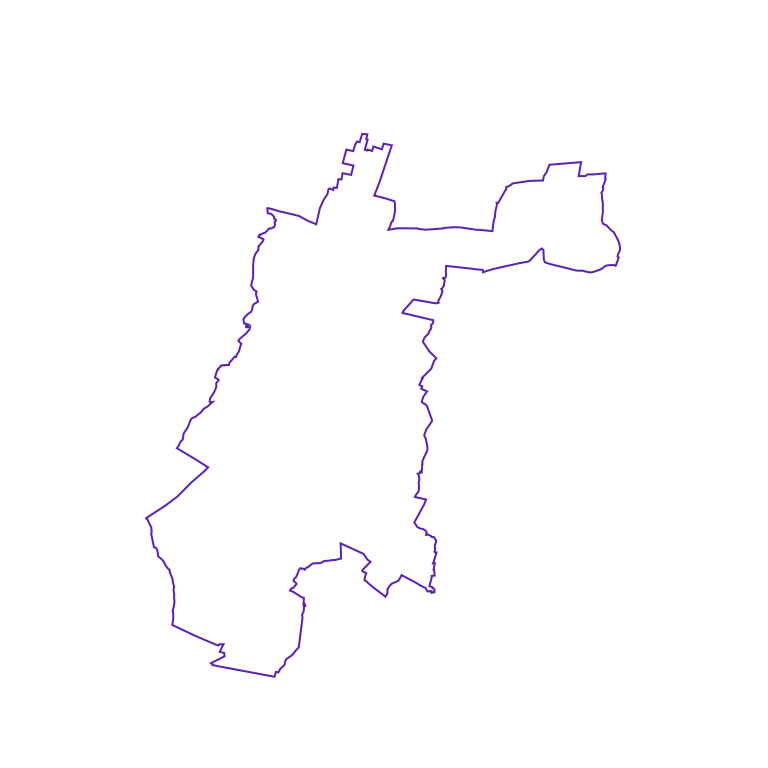 Botosani, Botosani, Romania, rotated 72°
{"feature_id": "2599482B38392608659449", "entity_name": "Botosani", "entity_type": "district", "adm_level": 2, "iso_a3": "ROU", "parent_name": "Romania", "parent_adm1": "Botosani", "projection": "mercator", "projection_center": [26.676, 47.753], "detail": "fine", "context": "isolated", "style": "outline", "palette": "violet", "viewbox_px": 768, "rotation_deg": 72, "n_neighbors": 0, "source": "geoboundaries", "source_scale": "gbopen_adm2", "svg_char_len": 6165}
<svg xmlns="http://www.w3.org/2000/svg" viewBox="0 0 768 768"><g transform="rotate(72 384 384)"><path d="M628.6,578.6L624.4,575.8L625.6,573.5L623.1,571.0L620.3,565.3L617.6,564.0L615.4,561.8L613.7,555.9L612.1,552.9L610.4,550.7L608.1,546.4L581.0,533.7L577.9,533.1L575.8,530.9L572.1,529.2L569.1,528.7L570.7,527.5L570.6,527.3L566.4,527.8L562.8,526.3L561.2,528.3L553.9,534.3L551.4,537.3L550.3,536.1L549.7,534.8L549.7,533.0L547.1,528.9L546.6,528.9L543.1,531.0L541.1,529.0L540.9,527.8L540.4,527.2L535.7,523.1L534.7,522.7L533.3,520.4L534.4,519.0L534.9,517.5L536.1,516.7L535.0,515.4L534.5,512.0L533.3,509.4L532.7,507.4L533.6,503.1L533.9,503.0L534.6,500.0L534.4,497.1L533.8,495.9L535.1,490.6L535.3,488.4L536.3,484.7L536.7,478.7L522.2,474.5L539.3,455.9L545.5,454.2L549.0,451.8L554.2,461.9L555.1,462.4L555.7,462.2L558.4,459.3L560.7,461.2L564.5,463.2L566.7,461.3L568.0,460.9L575.7,456.0L586.7,448.3L584.0,445.4L580.4,444.1L577.8,441.2L576.2,438.0L575.9,433.3L575.3,430.6L571.2,426.3L583.9,414.1L586.8,411.8L590.9,407.5L594.6,406.8L595.0,406.3L595.2,405.2L594.9,404.3L595.8,402.9L596.8,403.6L597.4,403.2L597.1,402.3L597.7,400.9L597.4,400.1L596.5,400.2L595.4,399.5L593.6,400.0L593.2,401.0L592.1,400.9L590.3,403.3L582.7,398.4L581.4,398.2L581.3,397.4L581.9,395.0L575.9,393.7L575.8,394.2L569.8,390.9L569.5,391.2L569.6,392.6L560.4,386.1L559.8,387.7L559.0,387.8L557.5,386.7L553.1,385.5L550.0,383.2L548.9,382.8L545.1,383.8L544.7,384.5L544.5,385.6L543.1,386.3L540.6,388.9L540.8,389.8L540.5,390.6L538.2,389.2L536.6,389.6L534.0,391.7L532.6,394.3L530.1,396.6L525.0,397.9L511.1,383.2L506.8,379.7L501.0,389.6L499.7,388.4L497.1,384.7L495.7,383.6L490.6,381.9L488.5,381.6L486.4,380.2L484.1,379.5L481.7,379.2L479.7,379.7L479.8,377.2L478.8,377.0L478.4,376.4L479.6,375.4L472.3,372.5L472.1,372.1L469.9,371.7L468.5,370.7L467.7,369.7L466.9,369.4L461.5,364.1L459.0,362.6L455.4,361.9L448.9,361.2L445.9,361.7L444.6,361.2L440.5,358.0L434.1,349.8L433.5,349.5L418.8,349.9L416.4,350.7L413.7,353.2L413.1,353.5L412.1,353.3L408.4,350.7L404.3,345.3L400.0,350.1L398.0,348.3L395.9,350.7L393.2,348.3L390.5,345.4L389.9,346.0L384.0,334.3L377.8,329.5L375.6,326.3L366.6,331.0L355.8,334.0L353.2,331.9L352.2,330.7L349.7,326.0L346.9,323.8L346.1,322.3L344.7,321.4L342.6,321.2L341.5,319.0L340.3,318.1L338.5,317.5L322.2,344.4L320.8,342.9L320.5,343.1L312.8,329.7L323.3,309.9L323.6,307.6L323.5,306.8L322.7,307.0L321.5,306.5L317.9,302.7L313.6,299.6L312.4,299.8L312.0,300.2L311.3,300.1L311.3,299.5L310.8,298.8L309.6,297.7L309.0,296.5L306.3,295.5L305.3,294.6L303.7,294.3L301.6,295.2L301.5,294.4L302.0,293.3L301.6,292.4L299.1,291.1L296.0,290.4L290.9,288.4L302.6,262.4L303.2,261.5L305.8,255.1L306.3,254.7L308.5,255.2L308.2,252.2L308.5,243.6L310.9,218.1L312.2,208.7L311.4,206.6L305.0,195.4L303.9,191.9L305.8,191.0L315.0,193.5L317.9,193.4L320.7,189.8L335.7,165.7L337.6,160.1L340.3,156.0L341.7,153.2L342.1,150.3L342.0,143.1L341.6,141.2L340.3,137.6L340.1,135.4L341.6,129.0L343.2,127.2L336.3,121.6L334.9,122.5L332.4,121.0L330.3,118.6L327.9,117.5L323.1,116.8L319.4,117.0L310.3,118.6L309.9,119.2L307.2,120.9L302.1,123.2L299.2,126.2L295.4,126.2L287.2,122.3L284.1,121.6L281.0,120.3L273.4,118.9L272.4,118.4L269.2,118.1L267.8,116.3L265.3,114.8L264.5,115.3L257.5,109.7L256.7,110.1L252.1,108.2L249.3,120.4L247.5,125.9L248.5,128.2L246.4,134.6L233.9,128.0L226.6,158.9L232.7,163.8L235.6,167.7L239.6,169.9L235.9,182.4L233.1,199.0L233.2,200.6L233.6,201.2L234.5,204.4L234.4,206.9L236.6,207.5L237.5,209.0L246.9,219.2L246.5,220.9L247.8,220.8L253.8,224.5L259.6,227.0L263.3,229.7L265.8,230.6L267.5,231.7L268.8,231.9L272.1,233.7L267.1,245.1L265.9,248.4L258.7,262.9L256.4,269.3L254.1,278.7L254.0,279.1L254.4,279.4L250.2,296.5L247.4,302.8L246.2,304.6L240.1,322.9L238.7,332.2L235.6,329.2L232.6,327.2L231.8,325.4L231.4,325.4L230.8,324.5L222.8,320.0L217.2,318.2L213.4,317.6L207.5,325.9L201.8,335.0L190.9,326.1L159.4,302.8L155.3,310.1L160.1,313.5L154.9,320.7L158.7,323.3L156.0,327.1L156.8,327.6L155.3,329.9L146.4,324.0L145.6,325.2L141.4,322.7L139.4,327.4L146.5,332.4L145.0,334.9L147.2,336.9L147.1,337.2L153.0,341.4L149.4,347.3L161.2,355.0L166.8,345.6L175.0,350.6L170.7,358.3L176.3,361.2L175.1,364.0L182.9,368.2L181.6,371.2L183.8,372.3L181.2,375.3L181.8,376.7L186.2,379.3L188.7,382.7L191.2,385.4L196.9,390.6L211.2,399.1L205.1,406.1L198.1,412.8L194.9,417.7L187.1,430.7L181.7,438.4L180.8,440.7L185.7,441.8L186.9,439.4L188.2,438.2L191.2,436.8L192.6,437.4L194.7,435.9L195.2,436.2L195.9,437.8L196.4,438.2L198.9,438.4L200.9,440.2L200.8,441.7L201.3,443.0L200.6,445.2L200.7,445.7L201.9,447.3L203.4,450.4L203.3,452.4L203.9,455.7L203.4,456.0L205.2,458.0L209.0,453.9L209.5,454.0L211.1,455.4L212.6,458.2L214.2,460.2L214.1,460.6L214.8,461.2L217.5,461.9L220.7,466.3L224.3,469.0L231.2,472.0L242.1,475.5L249.1,479.9L253.2,479.0L255.0,478.2L256.6,476.6L258.4,477.8L259.7,478.1L266.8,478.3L267.9,483.4L269.0,484.6L272.1,486.2L274.1,487.8L275.5,492.1L277.3,495.4L277.4,496.1L279.4,497.9L283.2,498.3L283.6,498.1L283.6,497.2L285.6,494.6L286.1,497.1L287.0,497.7L287.8,496.9L287.8,493.5L290.4,495.0L293.2,499.2L296.5,507.3L298.0,509.1L301.9,507.2L303.0,508.5L308.1,511.8L310.3,514.6L312.6,516.6L311.9,517.7L316.2,524.6L318.0,525.5L316.6,530.3L316.9,530.4L316.1,532.5L316.1,533.6L316.8,534.0L317.7,536.1L319.0,537.0L318.6,537.6L319.2,538.2L325.5,542.8L328.3,540.3L329.4,540.1L330.7,542.5L332.0,543.6L334.7,544.3L336.0,545.2L339.4,548.2L343.9,553.8L346.9,555.3L347.7,554.8L348.1,552.6L350.8,558.5L351.8,562.8L355.0,568.1L355.5,570.0L356.9,573.5L357.1,576.7L357.9,578.6L364.7,584.2L369.1,589.8L374.7,592.6L375.9,595.2L379.7,598.8L381.1,600.8L398.0,586.1L408.9,577.0L411.5,582.1L418.0,597.4L427.1,615.1L432.2,629.9L438.0,651.7L438.9,651.5L439.7,650.8L448.6,649.7L452.3,650.5L453.8,651.1L454.3,651.7L468.3,653.2L469.4,651.4L472.4,651.0L478.2,652.0L481.9,649.6L484.8,648.4L490.1,647.6L493.6,646.1L494.3,645.3L496.6,645.9L503.9,645.4L507.8,646.1L511.2,646.1L515.3,647.9L520.0,648.7L521.4,649.4L526.4,650.6L530.7,652.6L533.7,654.8L538.6,655.8L542.4,657.1L547.8,659.8L565.0,641.6L580.1,624.3L581.5,622.3L580.7,621.3L581.8,617.0L587.9,623.0L590.5,619.1L593.7,619.8L596.0,634.5L596.6,633.7L597.3,633.7L598.0,634.2L600.2,630.7L628.6,578.6Z" fill="none" stroke="#5b21b6" stroke-width="2"/></g></svg>